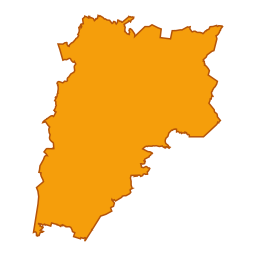 the district of Cuautepec de Hinojosa, Hidalgo, Mexico
{"feature_id": "50627088B81322224704661", "entity_name": "Cuautepec de Hinojosa", "entity_type": "district", "adm_level": 2, "iso_a3": "MEX", "parent_name": "Mexico", "parent_adm1": "Hidalgo", "projection": "albers", "projection_center": [-98.287, 19.97], "detail": "fine", "context": "isolated", "style": "filled", "palette": "amber", "viewbox_px": 256, "rotation_deg": 0, "n_neighbors": 0, "source": "geoboundaries", "source_scale": "gbopen_adm2", "svg_char_len": 5660}
<svg xmlns="http://www.w3.org/2000/svg" viewBox="0 0 256 256"><path d="M92.3,229.9L91.9,229.4L93.0,228.3L100.6,216.1L105.9,214.3L111.8,211.1L110.6,208.0L111.1,207.4L113.5,206.3L114.4,203.0L111.8,199.8L111.9,199.5L112.1,199.9L113.2,200.3L114.3,199.7L115.5,201.0L121.7,197.3L122.3,196.2L124.1,195.7L126.0,195.7L129.1,194.0L129.8,193.5L130.8,192.2L130.2,190.5L130.3,189.5L132.6,188.3L132.1,188.2L131.1,185.0L131.1,181.3L130.4,178.0L131.1,175.4L135.9,175.3L134.8,176.3L137.4,176.0L138.0,175.2L139.5,175.1L140.1,175.4L140.7,176.4L142.6,175.6L143.2,174.3L144.6,173.8L145.5,174.3L147.5,174.2L147.4,171.6L148.4,171.0L149.8,168.5L149.4,168.0L148.1,167.9L146.6,166.6L145.9,166.5L143.5,167.7L141.6,167.2L141.3,166.8L141.4,166.0L140.7,163.8L141.6,163.7L142.7,164.1L144.5,163.6L144.9,162.7L144.1,161.0L145.1,161.2L144.6,159.5L145.1,158.9L149.2,156.8L149.3,156.0L150.7,155.0L151.5,153.4L152.2,153.6L152.4,153.3L152.0,152.8L150.0,151.8L147.9,151.6L142.7,148.9L144.6,147.1L146.3,146.2L147.5,146.5L148.3,146.0L151.1,146.2L152.4,146.1L153.0,145.7L154.2,145.9L156.4,145.7L159.3,146.5L162.4,146.0L163.1,146.9L164.8,147.8L165.1,147.0L165.8,147.7L166.5,146.7L166.9,146.8L169.1,148.2L170.0,147.3L169.2,147.0L168.3,145.9L168.3,145.5L165.7,143.4L165.2,141.3L165.3,140.0L166.0,138.1L167.8,136.5L168.9,133.0L171.6,130.2L172.4,130.3L173.1,129.6L173.8,129.5L174.2,129.1L174.9,129.3L175.7,129.0L176.5,129.2L176.6,131.9L177.6,131.5L178.6,131.6L179.6,132.9L180.3,132.8L181.0,132.3L181.6,133.4L182.1,133.0L183.4,132.9L184.9,133.1L185.0,132.1L186.5,132.7L186.6,133.3L187.5,134.6L188.5,134.5L189.3,135.1L189.3,136.8L203.5,136.8L216.6,124.6L217.4,123.4L217.7,122.2L218.7,122.8L219.1,121.8L220.4,120.5L217.4,116.8L217.3,115.1L216.8,113.7L214.8,112.2L214.4,111.5L214.1,109.6L208.9,103.2L209.9,100.9L210.3,98.8L211.2,99.0L211.8,96.0L212.8,96.2L212.5,95.5L212.1,95.4L211.6,93.9L211.5,92.6L211.7,91.7L212.5,90.8L212.6,89.7L213.3,89.0L213.6,88.2L215.1,86.7L216.6,84.2L217.4,81.3L208.2,75.0L209.4,70.7L208.2,68.6L206.3,66.2L204.5,65.0L204.9,64.5L204.6,63.4L204.3,63.2L204.3,61.0L204.1,61.5L203.3,61.1L203.7,60.6L203.3,59.7L206.2,57.1L207.0,55.1L207.5,54.6L211.9,51.3L213.9,50.6L216.9,38.8L216.1,35.7L216.9,35.4L218.1,34.3L219.3,32.4L219.9,30.7L220.4,30.4L220.8,28.8L222.5,26.7L221.8,26.4L221.9,26.0L218.7,25.7L217.8,26.4L217.3,26.5L216.7,25.4L213.1,26.5L210.3,26.7L209.7,27.2L209.4,28.4L208.8,29.2L206.7,30.1L206.4,30.8L205.5,30.9L203.2,33.6L202.7,33.6L201.8,32.8L200.9,32.8L200.2,32.4L197.2,32.4L195.1,31.2L193.9,31.2L192.6,31.8L191.8,31.6L189.9,28.8L189.9,27.7L190.1,26.8L188.6,27.2L187.5,26.9L182.0,29.9L180.1,29.9L175.9,30.6L172.2,30.7L170.5,38.9L160.2,37.6L161.2,29.0L158.0,27.8L152.0,24.8L149.2,26.6L145.0,26.6L134.7,36.5L134.9,35.2L134.6,33.9L132.0,30.0L130.4,28.7L129.5,29.0L129.5,29.8L129.0,30.3L129.7,32.5L129.0,33.3L129.3,34.5L129.8,34.8L127.0,33.7L125.3,31.7L125.0,31.7L124.7,31.2L125.0,30.9L124.8,29.9L125.2,27.1L124.4,26.1L124.6,25.1L124.1,24.3L128.2,21.9L128.8,20.9L129.5,21.0L130.5,21.9L131.3,20.0L133.0,19.0L133.9,17.7L134.3,17.6L133.5,17.6L133.7,17.2L132.2,16.9L131.4,17.2L130.2,16.7L129.9,17.0L128.8,16.4L128.6,16.9L122.3,22.2L121.6,22.1L120.9,21.2L119.5,21.2L118.8,20.3L117.8,20.1L117.4,22.5L116.2,24.0L114.9,21.7L113.6,21.5L112.9,23.0L112.1,23.5L109.6,20.3L107.0,20.0L105.4,18.9L104.4,19.0L103.0,17.5L99.9,15.7L99.4,16.3L98.1,15.4L97.5,18.3L96.6,18.9L96.3,18.5L95.9,18.6L95.2,20.1L94.4,20.7L93.5,18.7L91.3,17.7L89.7,17.8L89.5,16.9L89.7,16.5L88.7,16.3L88.3,17.9L86.7,16.9L84.8,16.2L84.8,16.8L82.6,18.9L83.3,23.7L81.1,24.1L80.7,24.6L81.2,25.3L80.8,25.5L81.7,26.5L81.6,26.9L81.2,27.5L81.2,27.2L79.9,26.4L79.6,27.2L78.8,27.4L79.3,30.1L79.0,32.2L77.8,34.6L78.4,34.9L78.6,35.7L77.4,37.6L75.9,38.6L75.5,39.5L74.4,40.5L73.7,41.6L72.1,42.8L71.5,42.9L69.0,45.4L69.3,45.8L69.1,46.4L68.1,46.1L67.0,44.5L67.0,42.8L66.7,42.5L64.9,42.8L62.9,44.1L58.0,44.0L59.8,49.3L62.9,60.2L64.5,59.5L66.6,59.7L69.1,58.4L69.9,58.4L70.6,58.9L71.4,60.6L73.1,62.2L74.0,62.2L74.3,61.5L75.7,63.7L75.7,64.2L74.5,65.7L74.2,66.9L74.7,70.7L73.9,72.2L70.8,74.0L68.8,76.9L67.6,77.9L67.2,79.1L67.5,80.3L66.9,81.2L66.3,81.4L64.5,81.2L63.5,82.4L62.6,82.8L59.2,81.6L58.4,81.6L57.4,82.3L57.0,83.7L57.6,84.0L57.9,84.6L57.9,85.2L57.7,85.7L58.1,86.0L58.2,89.0L57.7,92.4L58.0,93.2L57.2,94.0L57.0,96.3L56.3,97.1L55.8,96.9L55.4,97.6L56.3,97.8L54.7,100.7L55.4,101.0L55.8,101.7L55.8,104.2L56.3,105.6L55.6,106.5L55.4,108.1L54.0,110.3L54.6,110.5L54.7,111.5L56.0,112.0L53.7,116.3L53.5,116.5L52.4,115.7L51.2,115.9L50.3,116.4L46.9,118.9L46.7,118.8L46.4,119.3L44.7,120.3L43.2,121.7L42.8,122.6L45.6,121.8L48.0,125.3L49.7,127.0L49.1,128.0L48.8,129.5L49.2,132.7L50.1,134.7L49.5,137.4L49.6,138.7L50.1,139.9L51.6,141.5L53.0,142.5L53.4,143.3L53.8,148.6L52.8,148.7L52.4,148.3L52.0,148.7L46.9,148.6L46.1,149.1L44.0,151.9L46.1,153.8L47.3,155.6L46.1,155.4L44.6,156.5L43.3,159.9L40.0,165.8L39.5,169.9L38.9,172.3L41.0,172.9L40.7,174.2L41.3,176.4L42.9,179.6L43.5,181.6L36.5,187.6L37.9,191.1L38.7,196.6L38.0,204.1L33.5,232.4L34.9,231.8L35.6,231.9L36.4,232.9L36.5,235.6L37.4,236.0L37.9,235.3L38.6,235.7L39.1,235.5L40.0,232.9L40.8,232.4L42.4,232.2L43.3,231.5L40.2,230.5L40.6,229.9L41.9,229.1L42.4,228.1L43.1,227.6L43.0,227.0L42.4,226.6L41.7,226.9L40.7,226.1L40.2,226.1L40.3,225.2L38.5,223.8L38.6,223.5L41.4,224.0L42.8,225.1L44.4,224.1L45.0,224.4L45.2,225.1L46.5,224.8L50.7,226.1L51.6,223.0L57.3,224.5L57.2,224.9L58.7,225.2L60.7,226.4L61.2,225.2L62.1,225.7L62.5,224.8L63.6,225.2L63.5,225.5L65.7,226.3L65.6,226.6L66.1,226.8L69.4,226.7L70.8,227.4L72.0,229.7L72.5,231.6L74.8,232.7L73.6,236.6L80.5,238.8L80.9,237.6L83.4,238.4L85.0,237.6L85.5,237.9L84.9,240.2L84.9,240.6L85.2,240.6L91.9,230.1L92.3,229.9Z" fill="#f59e0b" stroke="#b45309" stroke-width="1.5"/></svg>